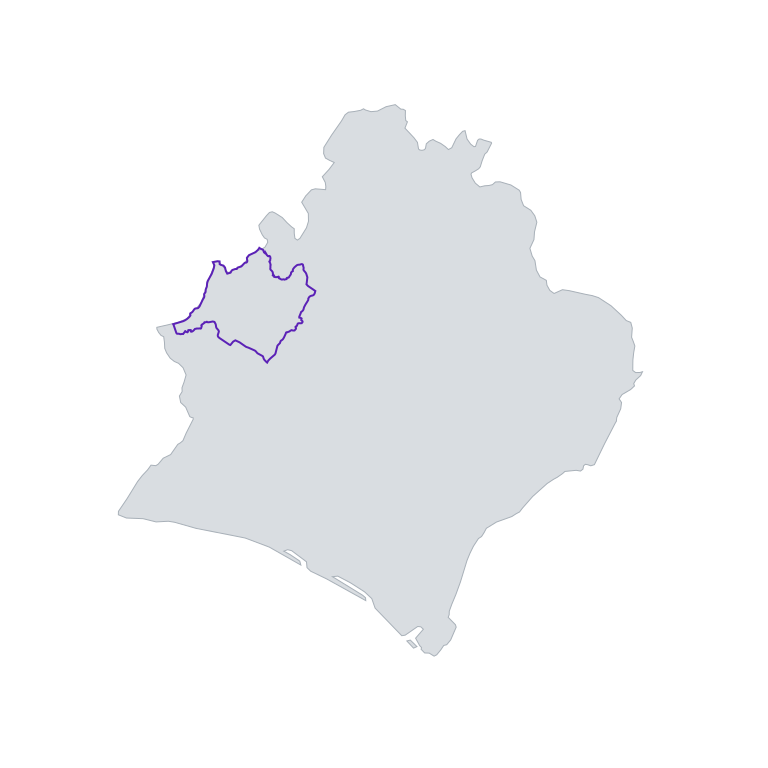 location of Dix-Huit Montagnes within Ivory Coast, rotated 35°
{"feature_id": "CIV-3441", "entity_name": "Dix-Huit Montagnes", "entity_type": "Department", "adm_level": 1, "iso_a3": "CIV", "parent_name": "Ivory Coast", "parent_adm1": "", "projection": "robinson", "projection_center": [-7.745, 7.377], "detail": "fine", "context": "in_parent", "style": "outline", "palette": "violet", "viewbox_px": 768, "rotation_deg": 35, "n_neighbors": 0, "source": "natural_earth", "source_scale": "10m", "svg_char_len": 8412}
<svg xmlns="http://www.w3.org/2000/svg" viewBox="0 0 768 768"><g transform="rotate(35 384 384)"><path d="M209.4,170.3L211.6,170.2L217.1,168.4L222.1,164.2L226.7,155.6L233.0,148.7L240.1,149.2L242.2,147.9L244.7,147.7L247.7,152.2L250.7,155.7L252.8,155.8L254.4,162.4L267.3,165.1L272.8,166.9L277.5,171.7L279.1,171.8L281.1,170.8L282.6,169.1L282.9,167.3L280.9,163.0L281.8,159.1L283.9,155.6L287.2,155.4L292.3,154.4L298.0,154.4L302.3,155.0L304.0,151.6L302.4,141.8L302.8,136.4L303.5,131.9L305.1,130.0L311.5,135.7L317.4,137.8L321.6,138.0L322.7,136.9L320.9,130.7L321.4,128.8L323.0,127.7L325.7,127.1L333.2,124.5L334.0,125.0L335.4,134.8L334.7,138.0L336.3,144.7L338.3,150.9L338.1,153.4L336.5,157.2L334.7,160.8L334.9,162.2L337.8,164.6L343.6,167.1L349.5,167.6L352.7,164.0L356.2,161.1L358.5,158.5L359.4,154.6L363.1,151.8L373.8,148.2L383.6,147.7L386.0,148.8L390.5,154.2L396.1,157.9L404.7,157.5L411.0,159.7L416.4,163.8L420.0,173.0L424.0,179.7L425.7,189.2L432.0,194.2L436.9,196.4L443.5,203.3L450.4,206.8L457.5,206.0L460.8,209.6L466.1,212.2L471.4,212.3L476.1,204.4L482.2,201.3L497.8,194.9L504.0,192.1L510.2,190.2L525.2,189.7L539.1,191.6L546.1,193.1L550.8,192.0L555.3,195.8L560.0,203.7L563.8,206.2L567.7,209.0L570.6,215.2L574.0,221.4L575.8,224.1L580.0,230.2L583.6,230.3L587.1,227.7L588.7,225.7L589.4,229.8L588.0,236.3L588.3,240.4L590.3,241.9L589.2,247.1L585.1,256.0L585.1,261.3L589.2,262.9L592.1,268.5L593.9,278.0L595.7,281.2L595.8,283.1L598.9,306.2L602.6,329.4L600.3,332.4L597.1,333.3L595.0,334.3L594.4,336.5L595.8,339.7L594.9,342.6L590.9,344.5L582.3,351.9L581.7,354.8L579.4,361.1L577.5,364.9L574.7,372.0L570.3,390.8L568.6,406.3L568.4,411.1L566.7,414.4L564.7,419.3L555.3,432.6L550.6,443.5L551.2,448.2L551.4,453.0L550.0,456.4L550.3,465.6L551.5,473.3L553.2,480.9L560.1,502.2L563.6,515.2L565.9,525.7L567.8,532.7L569.7,535.6L570.4,538.3L580.6,540.2L582.6,541.8L585.4,555.4L584.9,561.6L582.9,563.9L583.0,569.1L582.5,575.6L581.1,578.2L575.4,578.5L571.6,581.0L566.5,580.0L566.0,578.4L563.2,577.8L555.7,574.1L556.9,562.3L553.4,561.8L550.7,563.3L545.4,577.6L542.9,580.0L505.3,572.7L497.1,566.8L487.4,565.4L470.3,566.1L456.3,567.9L452.3,571.4L487.7,569.3L491.5,569.7L493.3,571.9L448.5,576.6L431.4,579.4L426.3,578.6L422.5,574.1L403.9,573.5L400.1,575.0L397.8,578.4L405.1,577.6L416.6,577.4L419.7,580.0L383.6,583.4L358.6,589.8L347.9,594.5L313.0,610.0L291.7,617.4L286.1,620.1L276.4,627.7L263.9,632.5L249.9,641.5L241.4,643.5L239.5,640.6L239.3,625.5L238.1,605.2L238.5,597.4L239.6,590.1L239.7,584.1L243.9,581.8L245.0,579.3L245.7,571.4L249.7,564.2L249.7,551.7L250.9,549.1L251.8,545.8L250.1,537.6L247.9,522.1L246.8,521.1L245.8,521.8L243.6,522.1L234.8,516.7L228.1,515.8L223.3,511.2L223.0,506.0L220.7,503.0L219.1,497.0L216.7,490.1L210.0,485.9L203.8,484.9L199.3,485.8L194.1,485.5L188.1,483.2L184.0,480.6L180.1,475.6L176.4,471.6L173.5,472.1L170.0,471.1L166.5,469.3L165.4,467.9L179.9,451.8L184.9,443.9L185.4,439.2L185.4,434.3L187.0,429.3L187.5,421.8L179.4,394.3L177.4,385.7L175.2,383.2L173.9,382.3L177.9,378.8L183.5,379.7L192.1,382.4L194.0,379.7L200.5,365.8L200.3,360.7L199.6,357.1L203.5,347.6L206.5,343.9L208.0,340.0L207.5,334.6L205.3,332.5L202.3,332.9L198.7,331.6L193.2,328.5L190.4,325.7L191.2,313.1L191.8,309.2L193.7,307.0L196.7,306.4L205.2,306.0L212.1,307.5L218.2,308.3L221.4,308.3L224.0,312.0L227.5,315.8L230.5,315.8L231.6,312.9L230.9,300.5L228.8,294.0L224.2,287.7L212.3,282.3L212.0,274.7L213.2,266.6L215.8,263.5L224.7,258.3L223.1,255.6L220.3,252.6L214.6,249.6L215.9,239.8L216.2,231.1L211.4,232.0L206.5,232.5L202.4,229.9L199.0,224.6L198.3,210.0L198.3,193.1L197.7,185.7L199.0,181.7L203.2,178.0L207.8,173.3L209.4,170.3ZM561.6,580.2L559.7,583.4L550.1,581.4L552.4,578.7L561.6,580.2Z" fill="#d9dde1" stroke="#a8b0b8" stroke-width="1"/><path d="M211.4,345.1L211.2,344.2L212.6,344.8L213.9,345.5L215.5,345.8L216.0,345.7L216.3,345.2L216.6,344.9L217.1,344.8L218.0,345.2L219.0,346.3L219.2,346.7L219.3,347.1L219.5,347.5L219.9,348.1L220.0,348.4L219.9,348.8L219.8,349.1L219.8,349.4L220.0,349.6L220.5,349.8L220.9,350.0L221.3,350.2L221.6,350.4L222.1,350.9L222.4,351.2L222.8,351.4L223.0,351.8L223.1,352.3L223.3,352.6L223.8,353.2L224.0,353.5L224.6,354.5L224.8,354.9L225.1,355.2L225.9,355.5L227.3,355.7L228.6,356.2L229.1,356.6L229.4,357.1L229.7,357.3L230.1,357.6L230.3,358.0L230.5,358.8L230.8,358.9L231.1,358.8L231.6,358.2L231.9,358.3L232.1,358.6L232.3,358.9L232.5,359.2L232.9,359.1L233.4,358.9L234.5,358.3L235.3,357.4L235.7,357.1L235.9,356.8L236.1,356.5L236.3,356.5L236.6,356.8L236.7,357.2L236.9,357.5L237.3,357.6L237.8,357.6L238.4,357.3L239.0,357.4L239.6,357.3L240.1,357.2L240.8,356.7L241.5,356.0L241.8,355.8L242.1,355.7L242.6,355.6L242.9,355.2L243.1,354.9L243.4,354.6L243.6,354.4L243.8,354.2L244.0,354.0L243.9,353.6L243.8,353.3L243.6,353.0L243.7,352.7L243.9,352.4L244.3,352.1L244.8,351.6L244.9,351.2L244.9,350.8L244.8,350.4L244.8,347.8L244.7,347.5L244.6,347.2L244.1,346.3L244.1,346.2L244.0,345.9L244.0,345.4L244.1,345.0L244.2,344.6L244.5,344.1L244.6,343.9L244.4,343.6L244.0,343.0L243.8,342.7L243.7,342.3L243.6,341.8L243.7,339.8L244.4,337.0L244.6,336.5L244.8,336.2L245.0,335.9L245.5,335.4L246.6,334.5L247.1,333.9L247.5,333.3L247.8,333.0L248.2,332.8L248.8,332.7L249.3,332.9L250.4,334.0L251.2,334.6L251.6,335.0L251.8,335.4L252.2,336.1L252.4,336.5L252.8,336.8L253.3,337.0L255.9,337.7L257.1,338.3L259.7,340.3L260.0,340.5L260.2,340.9L262.6,345.3L263.3,346.8L265.4,347.3L274.4,347.2L275.3,349.7L275.3,351.4L274.8,352.4L274.1,353.1L273.3,354.2L273.1,354.8L272.9,355.3L272.9,356.6L273.0,357.5L273.6,358.3L273.8,358.9L274.1,364.2L274.5,367.1L275.3,369.2L275.4,370.1L275.3,371.0L275.1,371.8L274.8,372.6L275.2,373.9L276.0,377.5L276.5,378.2L278.1,377.6L278.9,377.6L279.5,379.1L281.1,379.3L281.7,379.8L281.7,381.4L280.6,382.3L279.4,383.0L278.7,384.0L279.2,386.0L279.2,386.8L279.2,387.0L278.8,387.4L278.7,387.9L278.9,388.2L279.9,388.8L280.2,389.3L280.0,391.5L278.8,392.4L277.4,392.9L276.7,394.1L276.5,395.0L276.0,395.8L275.5,396.4L275.2,397.1L274.8,397.3L274.5,397.5L274.3,398.0L274.4,398.5L274.7,399.4L275.4,403.4L275.5,405.4L275.1,406.9L274.7,407.7L274.8,408.6L275.1,409.5L275.3,410.2L274.8,413.0L274.8,413.9L277.6,421.3L277.7,422.6L277.4,423.7L276.2,428.4L275.8,430.9L275.8,431.9L276.0,433.5L275.5,433.5L272.1,432.8L271.0,432.3L269.3,431.0L268.9,430.8L268.2,430.8L262.7,431.4L260.3,430.8L259.8,430.7L258.9,430.7L252.1,432.0L250.1,432.6L249.3,432.7L241.8,432.7L237.2,433.5L236.3,435.4L236.1,436.0L235.8,440.2L234.9,440.5L222.9,440.7L221.7,440.6L220.7,440.3L220.0,439.6L219.7,439.1L218.9,436.5L218.6,435.7L218.2,435.4L217.7,435.0L215.9,434.5L214.9,434.3L214.4,434.0L213.8,433.6L212.3,432.0L211.7,431.5L211.3,431.3L209.5,430.4L207.9,431.0L205.0,434.0L204.2,434.5L203.6,434.7L203.3,434.6L203.0,434.8L202.9,435.2L202.5,435.7L202.1,436.0L201.6,436.3L201.5,436.6L201.7,437.1L201.4,438.2L200.8,439.6L200.7,440.1L200.7,440.5L200.8,440.8L201.0,440.9L201.3,440.9L201.5,441.2L202.2,443.2L202.1,443.7L201.8,443.9L201.4,444.1L200.8,444.4L200.2,445.0L199.3,445.6L198.9,445.8L198.5,446.4L197.7,447.1L197.5,447.5L197.5,448.3L197.2,449.9L196.9,450.8L196.4,451.5L195.9,451.8L195.5,451.8L195.3,451.6L195.1,451.3L195.1,451.0L194.9,450.7L194.5,450.8L193.1,451.8L192.8,452.2L192.9,452.5L193.4,453.7L193.4,454.2L193.2,454.5L192.4,454.6L192.1,454.7L191.7,454.8L191.0,454.6L190.8,454.8L190.9,455.5L191.0,455.9L190.8,456.5L190.8,456.9L190.8,457.3L190.8,457.7L190.8,458.2L190.3,458.5L188.5,460.1L188.0,460.2L187.1,460.5L186.5,460.9L185.7,461.5L185.2,461.5L184.5,461.2L177.5,456.1L177.0,455.9L183.5,447.7L184.5,445.9L185.4,443.6L186.0,441.1L186.1,440.0L186.1,438.9L185.7,438.4L185.1,438.0L184.8,437.3L185.7,435.1L185.8,433.8L185.7,432.5L185.8,431.0L186.2,430.3L187.6,429.1L188.2,428.3L188.4,426.3L187.1,418.6L187.0,416.6L186.8,415.8L186.4,415.0L185.3,413.8L185.1,413.3L185.0,412.7L185.2,411.7L185.1,411.2L184.8,410.5L184.0,409.3L183.7,408.7L183.1,406.1L182.6,405.1L181.4,403.1L180.9,402.1L180.5,400.6L179.7,392.7L178.2,386.9L176.9,384.0L173.9,382.3L177.2,378.9L179.0,377.9L180.7,380.1L182.0,380.0L184.6,379.1L187.0,379.8L189.7,382.2L192.3,383.5L194.4,380.9L194.4,380.3L194.2,379.0L194.2,378.3L194.5,377.4L196.0,375.4L196.3,375.0L197.1,374.5L197.4,374.2L197.5,373.8L197.3,373.0L197.3,372.7L199.6,369.7L199.9,368.5L200.2,365.8L200.5,364.5L200.8,364.1L201.3,363.8L201.7,363.3L201.8,362.5L201.5,361.6L199.9,360.0L199.3,359.2L199.5,355.9L203.1,349.8L203.8,346.6L203.9,344.7L203.8,344.0L204.9,344.0L207.9,343.5L208.6,343.7L209.3,344.4L210.2,345.0L211.4,345.1Z" fill="none" stroke="#5b21b6" stroke-width="2"/></g></svg>